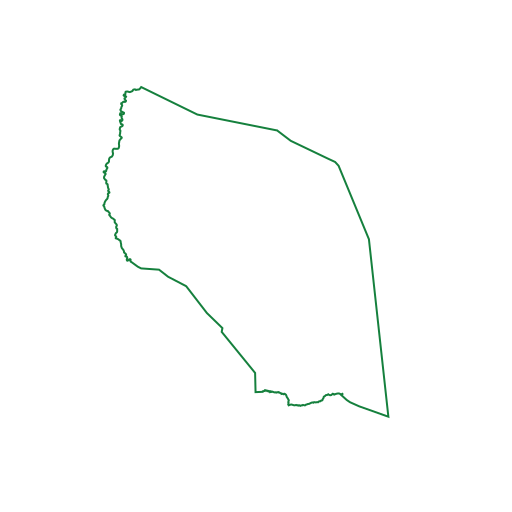 Tepelmeme Villa de Morelos, Oaxaca, Mexico, rotated 297°
{"feature_id": "50627088B19513954267626", "entity_name": "Tepelmeme Villa de Morelos", "entity_type": "district", "adm_level": 2, "iso_a3": "MEX", "parent_name": "Mexico", "parent_adm1": "Oaxaca", "projection": "orthographic", "projection_center": [-97.312, 18.0], "detail": "fine", "context": "isolated", "style": "outline", "palette": "green", "viewbox_px": 512, "rotation_deg": 297, "n_neighbors": 0, "source": "geoboundaries", "source_scale": "gbopen_adm2", "svg_char_len": 5769}
<svg xmlns="http://www.w3.org/2000/svg" viewBox="0 0 512 512"><g transform="rotate(297 256 256)"><path d="M322.2,349.0L373.9,288.6L375.7,283.8L375.4,275.5L374.4,234.7L377.5,217.6L377.3,217.3L355.4,139.5L354.4,77.0L352.7,76.7L351.3,76.2L350.2,74.5L349.4,73.6L349.6,72.9L349.3,72.1L348.5,71.2L347.4,71.0L346.8,71.0L345.8,70.1L345.5,69.9L344.8,69.2L344.6,68.8L344.3,67.1L343.8,66.1L343.3,65.4L343.0,65.3L342.7,65.3L342.1,65.6L340.9,66.1L340.6,66.2L340.4,66.1L340.0,65.2L339.8,65.1L339.5,65.1L339.1,65.1L338.9,65.4L338.8,65.7L338.8,66.1L339.2,67.1L339.2,67.5L339.0,67.9L338.1,67.8L337.6,67.7L337.0,67.4L336.9,67.3L336.4,67.4L335.8,68.3L335.6,68.7L335.4,69.6L335.2,69.7L334.8,69.8L334.3,69.7L334.0,69.5L333.7,69.1L333.3,67.9L333.1,67.8L332.6,67.5L331.7,67.3L330.9,66.6L330.3,66.8L330.0,67.7L329.6,68.3L329.2,68.5L327.4,68.5L327.0,68.6L326.6,68.8L326.1,68.9L325.8,68.9L325.2,68.7L324.9,68.7L324.6,68.9L324.0,69.6L323.8,70.0L323.7,71.1L323.7,72.6L323.7,73.1L323.7,73.3L323.4,73.5L323.1,73.6L322.8,73.7L322.6,73.6L322.2,73.4L321.5,72.5L321.0,71.9L321.0,71.6L321.7,70.9L321.8,70.7L321.7,70.5L321.6,70.3L321.3,70.3L320.3,70.5L320.0,70.7L319.8,71.1L319.7,71.8L319.9,72.5L319.5,73.0L319.0,73.1L318.1,73.5L317.8,73.8L317.4,74.6L316.7,75.2L316.3,75.3L315.7,75.2L315.2,74.9L315.1,74.7L315.5,73.9L315.5,73.5L315.4,73.3L315.0,73.2L314.5,73.5L313.6,74.4L313.1,75.0L312.4,75.7L312.3,75.9L312.4,76.3L312.5,76.9L312.5,77.3L312.3,77.7L312.2,77.8L311.9,77.9L311.6,78.0L310.9,77.8L309.6,76.8L309.0,76.5L308.6,76.6L307.9,76.8L307.3,76.9L306.9,77.1L306.6,77.4L306.3,78.1L305.9,78.4L305.7,78.5L304.9,78.7L304.5,78.9L304.0,79.0L303.6,79.3L302.2,79.6L301.7,79.6L301.4,79.8L301.2,80.1L300.9,81.5L300.7,82.4L300.5,82.6L300.4,82.6L300.0,82.7L299.5,82.5L298.6,82.2L297.1,81.9L296.0,82.1L295.5,82.4L294.4,82.6L293.3,83.2L292.3,83.9L291.7,84.2L290.2,84.6L289.7,84.6L289.1,84.4L288.7,84.0L287.8,82.3L287.3,81.0L287.2,80.8L286.5,80.4L286.1,80.3L285.6,80.3L284.6,80.5L283.5,81.1L283.2,81.5L282.8,81.7L282.4,82.1L280.8,82.6L279.5,82.5L279.0,82.4L277.7,81.3L277.0,81.1L276.3,81.0L275.6,81.2L274.3,81.6L273.9,81.9L273.4,82.1L273.0,82.1L272.1,82.0L271.2,81.4L270.5,81.1L269.8,81.0L268.7,81.0L268.1,81.2L267.8,81.4L267.7,81.6L267.6,81.9L267.7,82.7L267.6,82.9L267.5,83.2L267.2,83.5L266.9,83.6L265.1,83.5L263.7,83.9L263.4,83.9L263.2,83.8L262.9,82.9L262.5,82.2L262.2,82.0L261.9,82.0L261.6,82.1L261.4,82.5L261.3,83.8L261.2,84.2L261.0,84.6L260.8,84.8L260.6,84.8L259.8,84.7L257.6,84.7L257.1,84.9L256.4,85.3L255.5,87.0L255.4,88.1L255.3,88.4L254.9,88.7L253.5,89.2L252.9,89.5L252.6,89.8L252.6,91.0L252.4,91.3L251.5,91.8L250.8,92.4L250.0,92.9L249.2,93.7L248.8,94.3L248.4,94.6L248.2,94.7L247.4,94.6L247.1,94.6L246.9,94.7L246.6,95.4L246.5,96.0L246.2,96.5L245.8,96.6L245.6,96.5L245.1,96.0L244.9,95.9L244.5,95.8L244.2,95.8L243.8,95.9L242.9,96.9L242.7,97.0L242.2,97.1L241.3,97.1L240.1,97.5L239.3,97.5L238.2,97.1L237.2,96.9L235.8,96.8L234.2,97.0L233.7,97.2L233.3,97.4L232.2,97.0L231.9,97.0L231.6,97.2L231.4,97.9L231.2,98.3L230.3,99.0L229.5,99.9L229.0,100.5L228.7,101.0L228.5,102.0L228.5,102.4L228.8,103.7L228.4,104.4L228.2,105.0L228.1,105.5L227.9,105.9L227.2,106.6L226.3,106.5L226.1,106.5L225.7,107.0L225.4,107.9L224.7,109.1L224.5,109.7L224.4,110.7L224.4,111.7L224.4,112.1L224.3,112.4L224.0,113.1L224.0,113.7L223.8,113.9L223.2,114.2L222.0,114.7L221.6,115.4L220.9,117.2L220.6,117.7L220.2,118.0L219.8,118.2L218.8,118.1L217.7,118.6L217.5,118.8L217.2,119.2L217.2,119.7L217.1,120.0L216.9,120.1L215.0,121.1L214.2,121.3L213.7,121.2L213.1,120.9L212.6,120.8L211.8,120.8L210.7,120.9L210.5,121.0L210.2,121.5L210.0,122.3L209.6,122.8L209.2,122.9L208.4,122.8L208.2,122.9L208.1,123.3L208.3,124.2L208.4,125.3L208.3,126.3L208.0,127.4L208.1,127.9L207.9,128.4L207.6,128.7L206.8,129.2L205.1,130.6L203.7,131.3L202.3,132.7L201.9,133.4L201.4,134.7L201.2,134.9L201.0,135.4L199.9,136.5L199.3,136.8L199.2,137.0L199.0,138.0L198.9,138.5L198.7,138.8L198.6,139.3L198.5,139.5L198.0,139.7L197.2,139.7L196.7,139.6L196.4,139.8L196.4,140.1L196.8,140.7L196.8,141.1L196.6,141.5L195.9,142.1L194.4,142.4L193.9,142.6L193.7,142.8L193.4,143.2L193.4,143.3L193.4,143.5L193.6,143.8L194.4,144.3L195.4,144.5L195.8,144.9L196.0,145.2L195.9,145.8L195.7,146.0L194.7,146.3L194.3,146.4L194.0,146.4L193.6,146.2L194.2,146.8L192.8,155.6L192.8,159.3L199.8,175.8L197.6,187.1L197.4,207.5L182.9,238.1L176.5,258.8L172.8,259.9L151.4,308.3L134.5,317.4L138.0,323.6L138.5,323.5L138.7,323.9L139.5,324.4L139.7,325.1L140.6,325.0L140.9,326.3L140.7,327.2L141.2,327.4L141.4,328.3L141.0,328.8L141.2,329.4L141.8,329.6L142.2,330.6L142.2,330.9L141.5,330.9L142.2,331.9L142.6,332.2L142.8,334.3L143.4,335.2L143.4,336.0L144.1,336.5L144.5,337.7L144.9,337.7L145.0,338.1L145.0,338.8L144.9,339.6L145.1,341.1L144.7,341.4L145.2,342.0L145.4,343.5L146.1,343.7L146.2,344.8L145.9,345.8L145.1,346.7L144.3,347.5L143.7,348.7L143.1,349.6L142.6,350.2L142.4,350.7L140.4,351.1L140.1,351.6L138.9,352.0L138.5,352.0L137.8,352.9L139.2,354.2L139.8,355.1L140.3,357.9L141.4,359.3L141.3,359.5L141.8,360.4L141.7,360.8L141.9,361.1L142.2,361.5L142.1,362.0L142.6,362.4L142.7,362.5L142.6,363.5L143.1,363.8L143.4,364.3L144.0,364.8L144.0,365.1L144.6,365.5L145.1,367.4L146.5,368.2L146.7,368.6L147.7,369.4L148.2,370.3L150.6,372.1L150.8,372.5L151.5,373.3L151.4,373.8L152.2,374.3L152.4,374.7L152.7,375.8L153.4,376.6L153.9,377.7L154.2,377.7L155.1,378.2L155.3,378.6L155.7,379.2L156.2,379.2L156.6,379.6L156.9,380.1L157.6,380.6L158.1,380.4L160.2,380.6L161.3,380.3L162.0,380.6L162.4,381.0L163.7,381.4L164.4,382.3L164.6,382.6L165.5,383.1L165.4,383.3L165.6,385.3L166.3,386.2L168.1,386.9L168.3,388.0L168.2,388.2L168.0,388.3L168.1,388.7L168.2,388.9L168.6,389.0L170.3,390.8L171.2,392.3L171.3,393.7L171.0,394.5L173.1,396.0L170.8,395.2L168.9,402.2L168.4,406.2L168.9,416.2L172.9,446.9L322.2,349.0Z" fill="none" stroke="#15803d" stroke-width="2"/></g></svg>